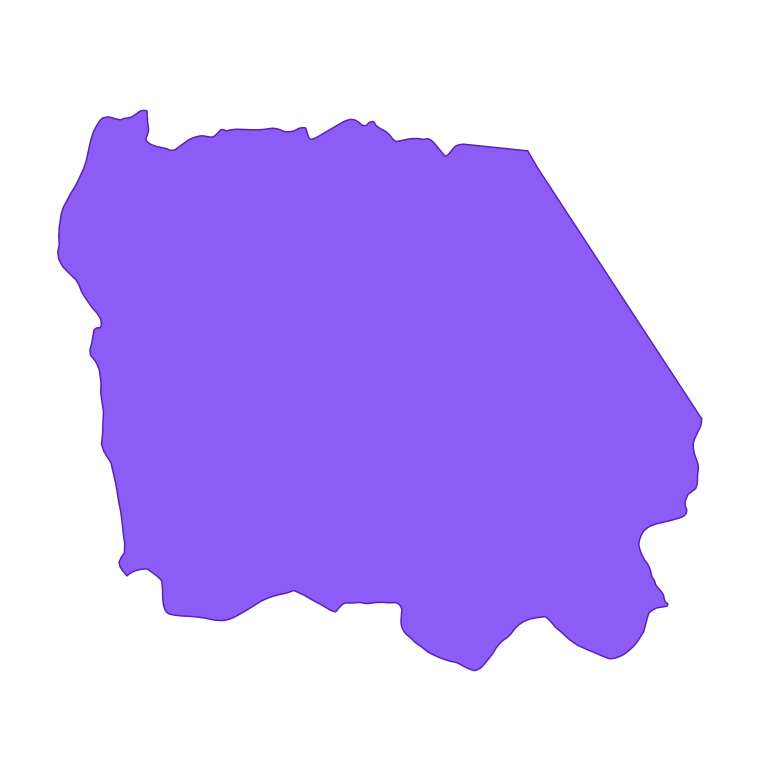 San Antonio de Flores, Choluteca, Honduras, rotated 265°
{"feature_id": "27666195B54922271453671", "entity_name": "San Antonio de Flores", "entity_type": "district", "adm_level": 2, "iso_a3": "HND", "parent_name": "Honduras", "parent_adm1": "Choluteca", "projection": "albers", "projection_center": [-87.34, 13.649], "detail": "fine", "context": "isolated", "style": "filled", "palette": "violet", "viewbox_px": 768, "rotation_deg": 265, "n_neighbors": 0, "source": "geoboundaries", "source_scale": "gbopen_adm2", "svg_char_len": 6123}
<svg xmlns="http://www.w3.org/2000/svg" viewBox="0 0 768 768"><g transform="rotate(265 384 384)"><path d="M585.4,556.1L603.7,547.5L615.9,484.5L616.0,483.1L615.9,481.2L615.5,478.2L615.2,477.2L614.8,476.2L613.1,474.0L609.8,470.9L607.0,467.9L606.4,467.0L606.0,466.1L605.8,465.3L605.8,464.6L606.4,464.0L608.4,462.8L613.8,459.0L618.9,455.6L622.0,453.0L622.9,452.1L623.6,451.0L624.2,449.7L624.6,448.4L624.6,447.5L624.3,445.6L624.3,444.3L624.5,443.3L625.2,441.0L625.5,439.5L625.8,437.1L626.0,433.8L625.9,430.0L624.7,419.9L624.6,418.1L624.8,416.9L625.5,415.8L626.7,414.5L627.9,413.6L631.1,411.7L634.9,408.4L636.3,406.6L637.8,404.1L638.6,402.9L640.8,400.2L641.9,399.0L642.7,398.4L643.6,397.9L644.9,397.3L645.6,396.9L646.2,396.1L646.5,395.4L646.3,393.8L645.8,391.9L645.1,391.0L643.7,389.9L643.3,389.2L643.1,388.0L643.1,386.7L643.3,385.7L643.9,384.8L644.7,383.8L646.1,382.6L647.2,381.4L648.9,379.0L649.7,377.5L650.2,376.1L650.4,374.5L650.4,372.8L650.1,371.1L649.4,368.2L648.4,365.6L642.8,353.7L637.8,343.3L635.9,339.2L634.6,335.7L634.2,334.2L634.1,333.1L634.3,332.4L634.7,331.6L635.4,330.9L635.9,330.6L636.8,330.3L645.3,328.4L646.0,327.9L646.3,327.2L646.5,325.1L646.3,322.7L645.7,320.4L644.5,317.9L644.0,316.3L643.6,313.0L643.6,310.0L643.8,308.2L644.3,306.5L644.9,305.2L646.3,302.8L646.9,301.4L647.8,298.7L648.4,296.1L648.5,293.5L648.1,286.9L648.2,280.5L648.6,276.3L650.5,260.6L650.7,258.1L650.6,253.7L649.9,248.7L650.5,247.9L651.1,246.8L651.5,245.5L651.6,244.5L651.4,243.7L651.1,243.0L648.3,240.0L646.5,237.8L645.6,236.3L645.1,235.0L645.0,233.9L645.2,232.3L645.9,229.3L646.8,226.2L647.0,225.0L647.1,223.7L647.1,221.8L646.8,219.7L646.3,217.1L645.5,213.9L644.7,211.8L644.0,210.1L635.9,196.8L635.3,195.2L635.2,194.1L635.2,193.1L635.4,191.9L635.9,190.7L637.4,187.6L638.2,185.6L640.1,179.1L641.4,175.7L643.0,172.8L643.8,171.6L645.6,169.6L646.9,168.7L648.1,168.2L649.0,168.2L650.3,168.7L653.0,170.1L656.7,171.4L657.6,171.6L660.3,171.7L666.1,171.3L669.1,171.5L673.0,171.4L675.7,171.8L676.5,171.7L676.9,171.2L677.3,170.0L677.5,168.7L677.4,167.0L677.2,165.2L676.8,164.2L674.4,160.2L672.7,157.1L672.0,155.3L671.6,154.0L671.4,152.0L671.3,150.1L671.3,148.4L670.1,144.4L671.7,139.1L673.1,136.2L674.2,131.8L673.6,127.1L671.2,123.9L666.2,120.1L660.6,116.5L652.2,113.0L632.2,106.8L624.9,103.6L616.8,99.0L608.3,93.9L600.7,88.2L587.8,79.9L581.6,77.3L568.3,74.1L558.7,72.8L550.8,72.6L544.0,70.5L536.5,70.9L529.0,74.1L522.7,79.2L514.3,86.4L508.6,89.0L502.2,90.8L495.7,94.0L485.4,100.0L480.0,104.0L473.4,107.5L468.0,107.7L464.6,106.2L465.0,104.9L464.8,102.2L462.9,99.7L458.9,98.7L451.2,96.7L443.4,94.0L438.2,94.1L435.7,95.9L432.5,98.1L428.3,100.0L423.5,101.5L417.7,101.9L409.3,102.2L400.0,101.0L381.0,102.1L357.4,99.1L348.7,97.3L341.0,99.2L329.0,105.2L308.7,108.0L299.6,108.8L288.4,109.6L279.8,110.6L268.3,111.1L258.9,111.2L247.6,111.8L238.5,110.7L234.3,107.2L229.5,104.5L224.8,105.2L220.2,107.7L215.3,111.2L216.6,113.1L217.6,114.9L219.1,118.3L219.6,119.9L220.1,122.7L220.5,126.0L220.6,128.8L220.5,131.1L220.2,131.9L219.6,132.9L216.9,136.2L212.1,141.4L209.3,144.0L208.3,144.7L207.2,145.3L204.5,145.5L199.1,145.5L189.8,144.9L186.5,144.9L183.0,145.2L180.4,145.6L178.1,146.2L176.4,147.1L174.9,148.3L173.9,149.7L173.3,150.9L172.1,154.8L170.9,160.4L170.4,163.4L169.6,169.4L168.0,178.3L166.4,185.1L164.3,192.1L163.4,195.8L162.5,201.3L162.4,203.3L162.5,205.4L162.9,208.0L163.6,211.1L164.5,213.9L165.6,216.6L170.3,226.9L178.0,241.9L178.7,243.5L180.5,248.6L181.5,252.0L182.3,255.4L183.3,261.1L184.2,268.0L184.9,271.5L185.8,274.5L185.9,275.6L185.8,276.7L185.4,277.6L180.6,286.0L176.2,292.1L169.1,302.9L163.7,310.3L162.4,312.7L161.4,315.2L161.4,315.7L161.5,316.2L162.0,317.1L164.6,319.3L168.1,323.5L168.9,325.1L169.2,326.6L169.1,328.0L168.7,331.6L168.6,333.7L168.6,338.2L168.5,340.5L168.1,342.6L167.1,345.9L166.8,347.9L166.7,350.5L167.0,355.2L167.0,357.9L166.5,364.3L165.6,370.1L165.4,374.4L165.0,377.0L164.7,377.8L164.1,378.8L163.4,379.6L162.6,380.3L161.6,380.9L160.5,381.4L158.3,382.0L157.2,382.0L148.1,380.5L145.5,380.2L143.0,380.2L141.3,380.4L139.7,380.8L138.0,381.3L135.7,382.4L133.6,383.7L132.6,384.5L130.0,387.2L124.4,392.0L122.9,393.6L118.3,399.1L115.0,402.4L113.6,404.0L112.3,405.7L110.0,409.4L107.8,413.2L106.3,416.1L103.1,423.1L102.0,426.0L100.8,430.2L99.8,432.7L98.6,434.7L96.0,438.5L93.5,442.6L91.1,447.3L90.7,448.7L90.7,450.3L91.3,452.5L92.6,455.4L93.7,456.9L97.4,460.7L105.0,468.0L107.3,469.9L111.3,472.7L113.7,474.9L116.0,477.4L117.6,479.4L118.5,480.8L120.6,484.5L122.5,487.0L123.8,488.5L127.5,491.8L129.5,493.7L130.9,495.3L131.9,496.6L133.3,499.0L135.0,502.2L135.4,503.1L136.3,506.0L137.0,508.7L137.3,510.2L138.0,517.8L138.2,523.3L138.2,524.3L137.8,525.0L135.3,527.3L133.5,528.8L130.8,530.8L127.8,532.8L126.0,534.3L122.4,538.0L115.5,544.3L112.9,546.9L109.8,550.4L107.1,553.9L105.4,556.5L101.7,563.3L94.1,577.6L91.0,583.7L90.7,584.6L90.5,585.8L90.6,588.0L90.7,589.7L91.5,593.5L92.8,597.4L93.5,598.9L94.8,601.2L97.1,604.8L100.1,608.7L103.0,612.0L105.8,614.4L114.3,620.9L117.6,622.2L129.0,626.3L132.0,627.6L133.0,628.3L134.0,629.6L135.2,631.5L136.1,633.5L137.0,635.7L137.3,637.1L137.6,642.5L137.9,645.9L138.2,646.5L138.6,647.0L139.2,647.4L139.6,647.5L140.2,647.4L140.7,647.2L141.9,645.8L142.6,645.2L143.3,644.9L145.9,644.4L149.1,644.1L149.8,643.9L150.7,643.5L153.0,642.1L158.2,638.4L160.7,637.0L163.2,636.6L164.7,636.1L166.1,635.5L168.0,634.4L169.5,633.9L171.1,633.6L173.2,633.4L174.8,633.2L177.7,632.5L179.8,631.8L182.7,630.5L185.4,628.6L187.0,627.8L191.1,626.1L193.3,625.4L197.8,624.3L201.2,623.9L202.3,623.9L203.7,624.2L207.3,625.3L210.8,627.0L212.7,628.3L214.1,629.4L215.5,630.7L216.9,632.6L218.1,634.5L218.9,636.0L219.9,639.1L221.0,643.6L223.1,658.1L224.9,667.1L225.7,669.6L226.6,671.4L227.6,672.7L228.8,673.7L230.2,674.3L231.2,674.5L232.1,674.6L233.8,674.3L236.2,673.5L238.7,673.5L240.3,673.7L242.6,674.6L245.7,676.2L247.8,677.6L252.7,685.4L255.0,686.5L258.1,687.4L259.8,687.8L266.5,688.5L272.4,689.8L274.4,690.0L276.9,689.7L279.5,689.2L285.3,687.6L289.3,686.9L293.4,686.6L297.0,686.8L299.3,687.4L302.6,688.8L313.3,695.1L314.5,695.7L315.9,696.3L318.0,696.8L321.5,697.5L585.4,556.1Z" fill="#8b5cf6" stroke="#5b21b6" stroke-width="1.5"/></g></svg>